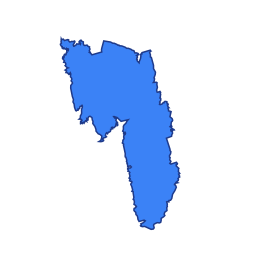 outline of La Concordia, Santo Domingo de los Tsáchilas, Ecuador, rotated 254°
{"feature_id": "8360857B34762572283066", "entity_name": "La Concordia", "entity_type": "district", "adm_level": 2, "iso_a3": "ECU", "parent_name": "Ecuador", "parent_adm1": "Santo Domingo de los Tsáchilas", "projection": "albers", "projection_center": [-79.436, -0.044], "detail": "fine", "context": "isolated", "style": "filled", "palette": "blue", "viewbox_px": 256, "rotation_deg": 254, "n_neighbors": 0, "source": "geoboundaries", "source_scale": "gbopen_adm2", "svg_char_len": 5896}
<svg xmlns="http://www.w3.org/2000/svg" viewBox="0 0 256 256"><g transform="rotate(254 128 128)"><path d="M32.8,137.7L33.7,139.3L35.2,139.0L36.9,140.1L37.9,142.7L40.8,143.3L41.7,144.2L43.0,144.3L43.8,144.8L46.4,144.8L46.5,145.4L45.7,146.9L47.0,147.3L46.8,149.0L48.1,150.6L52.0,152.6L54.9,155.8L57.7,158.1L59.3,158.0L60.2,157.7L60.7,157.1L61.1,157.2L61.8,158.4L61.7,160.7L62.7,159.6L63.7,161.8L64.6,162.3L65.5,162.1L66.4,163.2L66.7,164.2L67.6,163.8L67.9,164.3L69.7,163.9L70.0,165.2L72.3,164.4L73.6,165.0L74.8,165.2L75.2,165.7L78.2,163.9L79.6,164.3L79.4,165.1L80.1,165.7L81.7,165.1L81.5,159.3L82.4,158.4L83.9,160.0L84.4,160.0L85.9,159.3L87.9,160.3L88.2,159.9L89.9,160.2L91.5,161.8L93.4,162.7L94.8,162.2L96.0,162.5L107.6,162.1L108.0,167.6L109.6,168.3L110.5,169.3L112.5,169.7L112.8,168.8L113.5,168.4L114.7,168.7L114.5,169.6L113.7,170.0L113.4,171.9L113.8,171.8L115.3,170.3L116.8,169.6L117.7,168.7L118.1,169.3L117.2,169.9L117.3,170.5L119.6,170.3L122.0,171.5L122.4,172.5L123.2,173.1L124.9,173.0L127.3,171.4L131.4,173.7L131.3,173.1L132.3,173.4L133.3,171.7L134.5,172.0L135.6,171.8L136.5,172.2L136.3,172.9L137.8,172.2L139.3,172.2L139.3,173.0L139.7,173.1L140.7,172.9L141.4,172.2L142.6,172.6L143.4,170.9L143.0,169.9L142.3,169.5L142.6,169.0L142.5,168.5L141.6,167.2L141.6,165.3L142.1,164.8L143.5,165.8L144.3,165.5L145.4,167.0L147.1,167.6L148.1,166.9L148.8,167.7L149.8,167.8L151.0,168.6L152.4,168.6L153.0,169.1L153.6,168.7L153.8,169.0L154.4,168.8L154.1,166.5L154.6,165.8L156.6,166.0L159.0,167.5L161.7,167.7L163.6,168.4L164.2,167.8L164.8,165.0L165.4,165.8L167.5,166.9L168.1,167.1L169.0,166.8L171.9,168.9L174.1,169.8L178.0,168.9L181.2,169.8L189.4,169.9L190.1,169.1L192.6,169.8L194.4,169.5L195.7,170.8L195.7,171.2L196.4,170.8L196.7,171.4L196.6,162.2L195.4,161.7L195.7,161.2L195.3,160.5L193.8,160.3L191.2,159.1L188.7,157.1L187.6,156.6L189.9,155.4L191.1,155.4L191.3,155.7L191.7,155.4L191.9,155.7L192.8,155.7L193.2,156.5L194.3,156.6L195.1,157.4L195.4,156.6L195.7,157.3L196.5,157.9L196.1,158.5L196.8,158.3L197.8,157.0L198.3,155.3L200.7,155.0L201.7,153.4L202.8,152.6L204.5,150.3L205.0,148.6L206.3,147.7L208.5,144.8L209.5,142.3L210.3,142.1L210.4,141.1L211.5,140.3L213.4,137.9L213.6,136.8L215.4,135.0L218.4,128.7L211.8,124.7L210.3,124.0L208.3,123.7L208.3,113.5L210.2,112.7L211.2,111.8L211.3,112.5L212.8,112.0L214.3,113.2L215.8,113.0L216.6,113.4L217.7,112.0L219.0,111.5L219.2,109.2L219.6,108.6L221.0,108.2L223.1,108.8L224.1,107.5L225.2,107.3L225.4,106.5L224.4,105.6L224.9,105.5L224.5,104.8L223.5,104.6L223.2,105.3L222.4,105.8L221.5,105.2L222.5,104.7L222.3,103.4L223.0,101.9L222.3,101.3L221.4,98.6L221.6,98.3L223.0,98.3L225.1,100.4L225.9,100.8L226.4,100.5L226.2,99.0L226.8,97.8L226.6,96.8L226.8,95.6L228.6,94.8L229.1,95.2L229.3,95.0L229.6,94.4L229.6,91.0L231.3,90.3L231.4,88.5L232.1,88.4L230.8,87.9L230.3,88.1L229.3,87.3L227.9,87.4L227.3,86.2L226.7,86.0L224.3,86.7L224.3,87.2L222.9,86.9L222.8,87.8L222.5,87.3L222.0,87.5L221.6,89.0L220.9,89.9L221.4,90.7L221.0,90.7L220.8,92.1L220.3,92.5L218.9,91.9L219.6,91.2L219.6,90.5L217.4,90.1L217.3,89.5L215.5,88.5L215.6,87.7L216.3,87.6L216.3,87.2L214.9,86.2L214.1,86.3L213.2,85.7L212.9,85.3L213.1,85.0L214.5,85.3L214.2,84.8L212.7,84.2L210.2,85.4L208.9,84.3L208.2,85.7L206.8,85.9L205.8,85.5L205.3,84.7L203.3,85.8L202.3,87.0L202.2,85.7L201.3,84.6L201.0,83.5L199.8,84.7L198.4,83.6L197.8,84.9L195.7,86.0L195.7,86.8L196.1,86.4L196.7,86.6L196.6,87.5L196.9,87.8L195.8,87.9L193.1,86.8L191.6,87.5L190.3,87.4L189.0,86.3L187.4,87.0L186.4,87.0L184.6,84.7L182.1,83.9L173.6,83.2L170.4,83.4L168.2,82.3L165.9,82.8L162.7,82.3L159.2,82.5L158.7,83.0L159.1,83.9L158.9,84.6L159.9,85.2L159.4,85.5L160.0,86.0L160.2,87.0L161.4,87.4L162.0,88.1L161.8,88.8L162.5,89.8L162.5,90.1L161.7,90.2L160.5,89.8L158.5,88.4L155.0,87.5L153.8,86.7L153.0,85.7L150.5,84.7L150.0,83.5L149.3,85.4L148.2,85.9L147.5,84.3L146.0,83.8L146.3,84.6L145.3,84.1L145.6,85.5L144.9,85.3L144.7,85.6L145.8,86.9L145.7,87.3L145.0,87.4L146.7,89.1L145.9,89.9L146.6,89.8L146.6,90.6L147.7,90.8L146.7,91.2L146.8,91.9L148.4,91.8L148.4,92.3L149.3,92.9L149.7,93.7L149.8,94.7L148.0,96.2L145.5,95.9L144.1,96.2L142.0,95.4L138.6,96.6L135.5,96.8L133.8,96.4L130.6,97.8L129.5,99.3L127.6,100.6L125.7,99.9L123.5,98.3L123.0,96.4L122.3,98.2L122.2,100.1L122.6,101.1L123.1,101.2L123.9,100.5L124.7,101.0L125.2,102.0L125.1,103.4L125.5,104.9L126.9,104.2L128.4,105.0L129.3,106.1L128.1,106.8L129.4,108.0L129.2,108.9L129.6,110.1L130.7,110.8L131.5,110.9L131.5,112.9L133.0,112.4L133.1,113.2L132.1,114.5L133.1,116.5L134.5,117.2L134.8,117.7L134.3,118.6L133.3,118.4L133.4,118.8L134.5,119.2L135.2,118.5L135.3,117.8L135.7,117.8L136.1,118.1L136.1,119.3L138.8,118.4L140.4,119.7L141.2,118.0L142.9,117.4L142.8,117.9L141.0,120.5L136.3,123.2L135.9,130.4L135.0,129.0L133.0,127.1L132.2,125.3L130.9,124.0L128.0,123.2L126.4,122.0L125.1,123.0L124.2,122.3L123.6,122.2L123.5,123.2L124.3,124.1L123.7,124.2L122.6,123.5L122.0,122.0L120.5,121.3L119.3,121.4L118.2,120.6L117.7,119.7L116.0,119.2L115.2,118.4L113.7,119.4L112.8,118.9L104.1,118.3L101.8,117.5L100.9,117.4L100.5,117.9L98.3,117.9L97.3,117.9L96.4,117.3L95.1,117.6L94.6,117.3L94.1,117.6L93.9,117.3L92.3,117.4L90.9,117.0L91.0,119.8L89.6,120.5L88.9,119.4L89.4,117.6L89.0,117.3L89.1,116.5L88.6,116.3L87.5,116.7L86.5,116.0L85.9,116.9L84.7,117.5L84.0,116.7L81.1,116.6L79.5,115.2L78.5,116.2L78.2,116.2L77.6,115.3L76.9,114.9L76.0,115.8L75.8,116.7L75.2,116.9L74.3,116.5L73.8,115.6L73.0,115.1L70.9,115.5L67.3,115.4L66.0,114.3L65.5,115.4L65.2,115.4L63.9,115.0L59.6,114.5L57.9,113.3L57.4,113.9L55.2,113.8L52.9,112.7L52.0,113.6L50.2,114.5L49.9,114.3L49.8,113.5L49.2,113.1L49.0,111.7L47.4,111.0L46.1,111.3L44.9,112.2L42.5,111.8L41.4,112.6L39.6,112.7L37.3,112.4L35.1,112.9L35.0,118.1L34.0,119.0L32.7,116.4L32.3,113.9L31.0,114.1L30.6,113.1L30.1,113.3L29.2,114.6L28.8,116.9L24.2,122.3L23.9,124.5L24.8,125.6L27.6,125.8L28.4,126.6L29.0,129.9L28.1,132.1L28.3,133.4L29.8,134.3L32.0,135.0L32.8,137.7Z" fill="#3b82f6" stroke="#1e3a8a" stroke-width="1.5"/></g></svg>